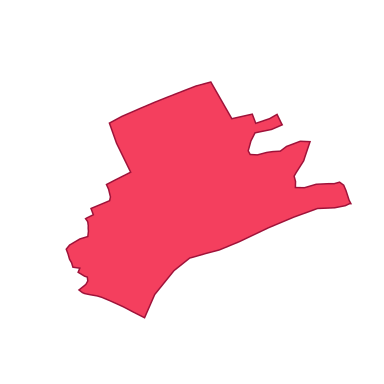 the district of Sisattanak, Vientiane [prefecture], Laos, rotated 247°
{"feature_id": "54806243B63933200485588", "entity_name": "Sisattanak", "entity_type": "district", "adm_level": 2, "iso_a3": "LAO", "parent_name": "Laos", "parent_adm1": "Vientiane [prefecture]", "projection": "natural_earth1", "projection_center": [102.629, 17.933], "detail": "fine", "context": "isolated", "style": "filled", "palette": "rose", "viewbox_px": 384, "rotation_deg": 247, "n_neighbors": 0, "source": "geoboundaries", "source_scale": "gbopen_adm2", "svg_char_len": 1403}
<svg xmlns="http://www.w3.org/2000/svg" viewBox="0 0 384 384"><g transform="rotate(247 192 192)"><path d="M94.8,99.2L112.2,117.6L125.7,142.9L126.7,144.8L132.1,164.1L131.6,167.5L130.0,180.8L128.0,194.5L127.9,206.6L127.8,216.1L129.2,248.3L129.1,275.9L127.8,301.0L121.7,317.3L119.5,327.8L119.7,332.3L119.2,333.7L123.0,333.4L133.1,334.3L139.0,334.3L143.4,331.7L144.1,326.1L146.5,320.4L150.6,309.3L152.0,297.2L155.7,288.9L161.2,291.4L166.7,292.2L169.2,295.5L177.1,307.0L179.8,309.3L192.2,320.3L196.4,311.5L197.0,296.8L195.1,289.2L197.6,282.3L199.2,276.3L200.6,266.7L203.8,260.2L207.9,259.8L216.0,266.2L221.8,273.1L221.1,276.8L218.5,289.7L218.6,301.3L220.6,301.1L230.2,300.6L229.2,292.1L230.3,277.5L240.1,277.9L240.8,274.2L243.9,257.3L285.9,252.3L288.0,237.2L288.3,227.8L288.6,217.7L288.9,206.8L289.2,193.0L289.2,178.2L289.0,157.0L287.7,142.9L266.4,141.6L234.2,143.3L233.1,126.3L232.3,116.2L227.0,116.3L219.3,115.0L216.2,112.8L216.2,108.0L216.3,92.6L209.6,92.3L209.2,85.1L209.0,83.6L206.3,84.3L204.8,84.3L202.9,83.7L201.9,83.5L199.0,82.2L196.3,81.3L191.7,78.7L192.6,70.5L191.0,58.6L188.5,53.9L183.6,53.7L177.9,53.0L173.9,53.5L169.3,53.0L165.7,59.0L162.6,55.8L156.5,60.2L154.6,62.4L150.8,61.3L148.4,58.2L146.0,49.7L142.2,51.8L140.8,53.2L140.7,53.2L139.2,55.3L137.2,58.2L136.3,59.6L133.4,64.1L130.4,67.7L124.8,73.2L113.2,83.9L104.0,91.4L94.8,99.2Z" fill="#f43f5e" stroke="#9f1239" stroke-width="1.5"/></g></svg>